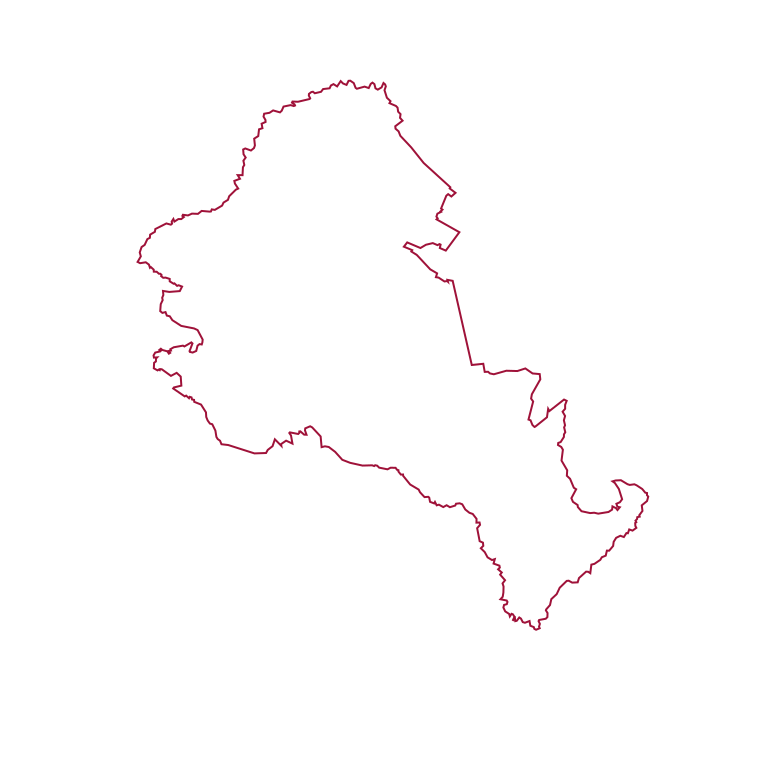 Tepexi de Rodríguez, Puebla, Mexico, rotated 324°
{"feature_id": "50627088B28882077740120", "entity_name": "Tepexi de Rodríguez", "entity_type": "district", "adm_level": 2, "iso_a3": "MEX", "parent_name": "Mexico", "parent_adm1": "Puebla", "projection": "natural_earth1", "projection_center": [-97.929, 18.474], "detail": "fine", "context": "isolated", "style": "outline", "palette": "rose", "viewbox_px": 768, "rotation_deg": 324, "n_neighbors": 0, "source": "geoboundaries", "source_scale": "gbopen_adm2", "svg_char_len": 6162}
<svg xmlns="http://www.w3.org/2000/svg" viewBox="0 0 768 768"><g transform="rotate(324 384 384)"><path d="M515.8,467.5L510.4,462.8L507.5,454.5L499.5,451.9L490.8,445.2L478.6,440.7L475.9,437.7L475.4,435.3L472.6,433.4L476.2,426.0L466.2,420.2L500.2,340.9L496.5,337.0L495.8,338.8L495.6,337.8L493.2,336.6L490.7,330.0L488.8,328.1L492.0,325.7L488.8,318.4L486.4,298.9L484.0,292.9L485.5,292.3L480.8,284.6L486.0,283.1L493.4,295.4L499.8,296.0L506.3,298.7L508.9,303.1L511.1,303.4L511.7,304.5L509.1,306.8L512.4,312.4L534.2,305.5L523.3,281.7L524.8,281.5L524.8,279.4L527.3,277.6L531.3,278.3L531.1,277.6L533.8,277.3L533.3,275.6L545.1,268.3L547.5,268.1L548.7,271.9L554.2,271.4L552.1,264.4L553.3,263.8L546.0,228.5L545.1,208.6L543.1,192.8L544.3,188.2L543.4,184.2L544.6,182.1L553.8,181.9L553.4,178.1L556.0,175.4L555.5,172.0L557.4,168.4L557.1,166.1L553.5,160.0L555.5,159.0L554.6,154.1L557.1,146.6L560.4,144.3L561.0,142.3L560.5,140.2L556.4,142.6L552.0,142.2L550.9,139.8L552.5,135.7L551.8,133.4L549.7,133.4L545.6,135.6L543.1,132.0L535.6,129.2L535.1,127.7L536.4,122.8L535.0,118.8L533.5,117.9L529.5,120.0L527.5,116.8L527.0,113.5L521.0,115.7L519.4,111.7L516.5,111.3L513.8,112.8L508.1,109.6L504.8,110.6L498.9,108.1L498.3,105.8L496.8,105.1L493.8,105.2L492.7,106.5L492.2,109.5L491.3,109.7L480.3,105.1L476.0,101.7L474.9,102.3L476.0,105.2L475.7,106.4L474.4,106.1L472.4,103.5L465.8,100.5L461.9,102.8L459.5,103.1L455.1,97.5L450.8,97.3L445.9,94.9L443.7,96.9L443.3,100.7L442.2,102.4L438.0,101.5L436.0,105.6L432.6,104.5L428.0,109.5L423.2,109.2L419.8,115.1L417.5,116.7L413.6,116.9L410.2,111.9L407.9,111.5L405.4,115.6L405.2,119.5L401.5,120.7L399.7,124.7L397.3,125.7L392.3,131.9L388.4,129.0L388.1,133.3L382.3,131.7L381.2,134.2L380.9,140.2L378.4,139.7L369.1,141.1L366.0,143.3L360.8,142.9L357.9,144.5L349.5,143.7L347.3,141.5L345.4,142.7L344.3,142.1L338.2,136.8L333.5,137.0L328.8,133.3L324.5,132.4L320.8,128.9L319.7,129.5L320.2,131.3L316.9,131.4L314.6,129.7L309.9,129.4L310.6,126.7L307.7,127.8L306.8,129.7L305.2,129.8L302.3,126.2L290.1,124.2L288.1,126.2L282.6,125.7L280.5,128.1L277.7,127.7L272.1,130.8L268.4,130.7L263.7,134.0L262.3,137.8L256.4,140.4L257.7,142.9L262.8,145.5L264.0,149.2L263.0,152.4L264.1,152.3L264.9,156.1L263.8,157.8L266.1,159.6L266.7,162.5L267.9,163.4L268.1,165.1L267.1,165.7L267.8,168.3L269.8,169.5L272.4,173.0L271.0,175.0L272.7,179.2L273.6,179.4L274.3,183.0L275.9,183.4L277.9,186.5L273.4,188.8L264.4,183.3L259.9,178.8L257.8,182.3L255.2,183.9L254.3,186.0L250.3,188.2L245.8,193.5L246.5,196.2L249.5,197.4L248.5,201.0L250.5,203.3L250.3,208.0L254.1,217.8L263.0,227.4L264.9,230.8L263.4,241.5L261.5,243.6L259.8,244.9L258.2,243.3L255.7,243.4L251.5,246.9L247.7,246.1L245.8,243.9L246.0,243.1L252.9,238.6L252.6,237.1L244.6,236.3L243.9,234.8L235.5,230.7L231.6,230.3L231.3,231.7L229.2,230.7L229.3,233.1L227.8,233.0L227.9,230.2L224.7,226.2L224.2,224.3L222.4,224.4L223.1,225.9L222.1,226.1L217.4,224.1L214.4,225.4L213.4,227.4L216.1,229.1L214.5,229.4L212.7,231.7L210.5,231.7L207.0,236.0L208.8,239.9L210.2,239.9L210.7,241.0L211.6,240.3L212.9,241.5L216.4,252.2L222.8,253.1L223.9,258.5L219.1,266.2L212.0,263.3L210.8,263.7L215.5,276.9L217.1,277.1L217.9,280.9L219.3,280.2L220.4,281.7L219.6,283.7L221.0,285.2L220.0,286.9L223.9,293.1L223.3,302.3L220.8,306.2L219.9,309.9L219.9,313.7L221.4,315.6L220.2,322.6L217.3,328.3L217.1,330.8L218.0,333.5L217.1,337.2L222.1,341.8L238.4,364.0L248.0,370.5L251.2,369.0L257.3,368.8L263.2,364.6L264.6,373.7L265.4,372.1L271.5,372.3L274.9,378.4L278.5,371.0L278.6,368.0L279.4,367.8L285.2,374.0L286.7,373.8L287.6,372.6L288.5,373.1L289.6,378.0L291.5,379.5L292.8,375.1L294.2,373.6L299.4,374.8L300.4,376.9L301.9,389.2L296.4,398.4L299.6,399.7L302.3,402.5L304.6,410.2L305.7,420.8L310.3,427.9L318.7,437.4L326.6,442.8L327.8,444.6L329.1,444.5L330.5,446.1L330.9,448.8L336.7,455.1L340.1,455.6L344.1,458.6L344.1,461.0L345.0,462.2L344.2,463.3L344.4,467.2L346.2,468.4L345.5,469.6L346.1,480.7L350.0,489.8L349.5,492.7L350.3,499.3L353.5,501.3L353.8,502.5L352.0,506.4L354.4,510.1L355.9,509.4L355.3,513.1L357.5,513.9L359.6,518.4L363.4,518.9L364.9,522.4L370.2,524.2L371.9,523.2L375.1,525.0L376.6,527.3L376.0,533.3L377.4,538.4L379.4,541.3L379.6,547.5L377.3,550.5L379.9,552.2L378.9,554.4L374.6,555.4L369.0,567.4L370.8,570.5L369.2,573.3L365.8,573.8L366.7,579.2L365.9,585.1L367.9,589.9L370.7,590.8L367.1,593.7L370.6,598.8L369.8,600.6L367.4,601.0L368.5,605.7L365.9,606.5L366.6,613.9L362.7,615.0L361.7,618.1L358.0,622.9L355.0,625.9L351.7,626.6L356.0,631.3L355.8,632.9L353.9,634.3L351.3,633.3L349.2,635.0L348.4,639.2L350.1,643.6L349.2,646.0L352.1,644.9L352.9,646.1L352.7,649.0L348.9,651.2L352.3,650.4L350.8,653.0L352.2,653.6L356.2,652.4L356.9,654.3L356.3,658.2L357.7,660.0L362.4,661.3L360.3,665.6L362.3,668.7L361.7,670.5L362.6,672.2L366.4,673.1L366.8,671.4L369.1,669.7L369.7,666.7L370.8,666.1L376.9,669.0L379.2,668.6L381.7,665.4L381.9,662.3L382.7,661.7L388.4,660.4L392.9,656.4L400.2,655.5L406.4,652.1L416.1,650.7L417.8,651.7L419.5,655.3L424.1,658.3L427.7,655.6L437.2,654.6L438.8,655.9L439.7,658.3L445.6,652.0L448.5,653.2L455.6,653.4L458.4,652.2L462.5,653.2L466.4,649.8L468.2,651.2L474.2,649.7L477.0,646.7L481.4,644.9L486.0,645.7L488.1,648.8L492.5,647.1L493.6,648.1L496.9,645.8L498.9,648.7L503.6,648.7L503.9,646.6L505.5,644.1L506.9,644.1L507.1,642.4L509.4,642.0L510.6,640.6L512.9,641.6L513.4,640.2L518.5,638.6L521.2,633.7L528.0,633.3L531.6,630.4L531.4,628.5L532.7,626.8L531.5,625.5L531.2,620.7L528.8,614.4L527.6,612.3L523.5,610.1L522.1,608.2L519.1,601.1L514.7,598.2L511.7,597.1L512.6,599.8L512.3,607.0L508.9,617.2L505.3,618.3L501.6,617.5L500.7,620.4L502.3,622.3L498.8,623.2L498.7,620.8L496.9,617.3L494.7,619.7L490.4,619.5L481.1,614.8L478.4,611.7L474.9,609.6L469.0,603.0L468.5,597.5L469.5,595.7L467.6,590.4L468.5,586.5L477.6,582.1L476.6,579.5L478.8,570.1L478.0,565.7L481.5,561.5L482.6,550.3L490.1,542.3L490.4,539.1L488.9,535.6L490.3,534.1L492.8,534.8L498.4,532.6L500.0,530.5L502.3,529.6L504.2,525.0L506.2,523.8L508.2,519.1L511.7,516.3L512.2,511.4L516.0,510.5L518.3,507.3L521.9,505.0L520.5,502.4L501.9,503.1L502.2,500.6L496.3,506.7L481.3,507.4L480.5,507.2L480.0,504.4L481.2,499.5L480.0,497.7L494.4,485.8L494.4,482.3L497.6,479.2L513.2,472.1L515.8,467.5Z" fill="none" stroke="#9f1239" stroke-width="2"/></g></svg>